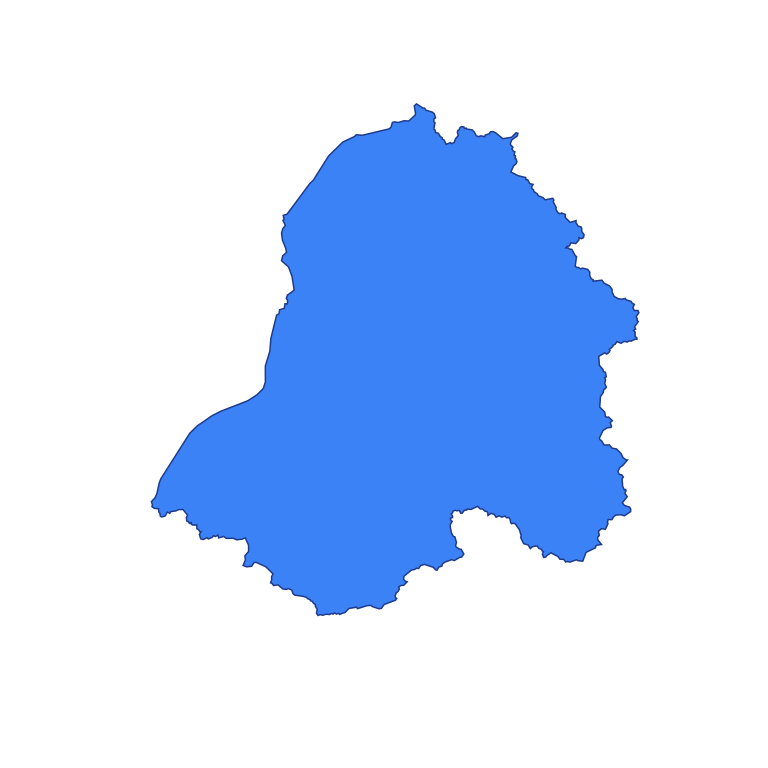 outline of Nhot Ou, Phôngsali, Laos, rotated 156°
{"feature_id": "54806243B80696563132814", "entity_name": "Nhot Ou", "entity_type": "district", "adm_level": 2, "iso_a3": "LAO", "parent_name": "Laos", "parent_adm1": "Phôngsali", "projection": "mercator", "projection_center": [101.816, 22.196], "detail": "fine", "context": "isolated", "style": "filled", "palette": "blue", "viewbox_px": 768, "rotation_deg": 156, "n_neighbors": 0, "source": "geoboundaries", "source_scale": "gbopen_adm2", "svg_char_len": 6171}
<svg xmlns="http://www.w3.org/2000/svg" viewBox="0 0 768 768"><g transform="rotate(156 384 384)"><path d="M407.5,579.0L408.2,575.2L409.8,574.5L409.6,569.0L413.2,567.1L416.2,563.6L418.2,556.9L418.6,547.9L419.5,543.9L424.4,542.3L427.5,538.3L423.6,529.7L424.3,519.6L427.9,506.2L436.0,504.5L438.5,501.9L438.0,499.7L439.7,496.4L441.8,497.6L444.3,493.7L449.2,494.3L451.3,490.9L454.2,490.5L468.9,471.5L475.0,460.3L485.1,448.7L491.6,434.0L496.1,429.0L504.4,425.8L515.3,424.1L543.9,425.5L553.8,425.0L571.6,421.7L581.3,418.1L626.4,388.2L629.4,385.3L636.1,376.2L639.6,373.1L644.3,371.2L644.7,367.9L645.9,366.3L644.3,363.7L640.7,361.7L641.8,359.0L641.4,356.9L642.1,354.1L641.1,352.9L637.7,352.4L634.0,355.1L632.3,353.0L630.7,354.2L625.8,352.7L623.0,352.9L618.7,351.1L616.8,344.1L618.9,342.3L619.9,339.1L618.7,337.6L618.5,335.8L616.4,335.8L617.1,334.3L616.2,333.0L612.4,331.3L613.8,327.9L612.5,325.9L612.3,323.7L611.3,323.4L613.9,321.6L614.4,317.1L612.4,315.4L608.2,315.7L607.5,313.9L603.5,313.8L601.4,314.7L600.0,313.2L597.2,313.6L597.6,310.6L592.5,310.0L590.9,307.1L584.5,304.4L582.0,301.6L576.4,299.9L573.3,299.9L573.3,291.9L575.8,286.1L581.0,283.6L582.2,279.6L586.6,275.5L583.8,272.8L579.0,271.3L575.4,273.7L573.3,273.1L566.2,264.9L562.6,255.7L565.0,253.8L566.2,250.9L568.5,248.5L567.3,247.2L566.9,244.8L562.5,243.6L559.9,238.0L556.6,236.0L554.8,236.1L552.1,233.5L552.4,229.4L551.4,227.4L544.4,223.0L541.6,220.6L541.2,219.1L539.1,217.0L539.4,216.0L537.9,214.7L537.6,212.3L536.4,210.6L537.1,208.9L536.7,205.4L538.9,202.1L538.5,199.4L535.9,199.2L534.2,197.7L530.3,197.2L527.6,195.6L525.4,195.7L524.1,194.5L522.3,195.0L521.1,193.2L518.6,192.8L518.3,191.7L512.4,191.1L507.4,193.2L499.9,191.3L499.6,189.6L489.8,188.4L485.9,187.0L485.1,185.3L479.9,180.6L477.6,180.1L473.6,182.5L461.4,181.8L459.6,182.9L460.4,184.1L460.0,185.9L457.6,188.4L455.8,188.6L453.4,190.4L452.9,192.7L450.4,193.0L447.8,192.1L443.3,193.9L444.9,195.5L445.5,197.6L444.0,200.2L434.5,202.9L431.6,202.1L429.6,202.5L427.3,201.4L424.4,203.3L420.4,202.7L413.5,196.5L412.5,193.3L411.4,192.3L408.4,194.4L405.1,194.1L403.9,195.8L401.0,196.5L393.6,196.0L391.5,194.1L385.5,194.8L383.5,194.3L380.2,196.2L380.7,201.6L382.4,202.7L384.4,205.8L384.2,207.4L382.3,209.7L381.4,215.5L382.6,216.5L383.0,220.4L381.6,226.3L380.9,228.4L377.6,230.8L378.4,232.7L377.9,234.4L375.7,234.1L375.1,235.4L375.4,238.1L373.8,238.4L372.6,239.8L369.9,239.6L369.4,238.7L366.5,237.8L366.5,234.8L365.1,234.2L361.8,236.0L359.7,235.2L358.7,235.9L355.4,234.0L348.3,234.2L346.8,230.7L344.7,229.7L343.5,226.7L341.8,225.6L341.6,224.0L342.5,221.6L338.8,222.3L336.3,219.9L335.8,216.7L332.3,216.8L330.8,214.6L327.1,214.1L326.5,212.0L324.2,211.1L323.9,209.0L324.7,205.7L324.2,204.4L322.6,204.3L320.9,202.8L319.6,195.8L320.4,189.4L321.6,188.3L321.4,181.4L317.8,178.4L317.3,174.1L314.7,175.0L310.0,173.9L309.4,170.8L307.3,168.9L307.4,167.1L306.5,166.1L308.5,164.2L308.7,160.6L306.6,160.1L305.2,161.0L300.2,161.9L295.3,155.7L294.5,152.3L291.1,150.7L290.4,147.4L288.7,147.3L286.7,145.7L279.7,145.1L278.5,143.6L274.5,141.3L267.9,148.0L257.5,148.3L256.3,149.9L255.0,150.1L250.6,148.9L252.1,154.9L251.0,157.3L248.9,158.0L248.0,162.2L244.3,163.4L240.8,161.3L236.2,165.3L236.1,166.9L234.5,168.7L235.0,169.3L230.8,167.4L228.6,169.2L225.6,170.0L220.6,168.1L218.0,165.8L210.6,167.1L209.5,169.3L209.7,171.6L213.7,175.2L214.6,178.5L207.7,182.1L208.4,186.4L206.4,187.9L206.1,189.3L207.5,189.5L207.6,193.3L205.1,200.5L203.2,201.6L203.7,204.2L205.9,205.8L205.8,209.1L202.3,211.9L199.1,212.4L192.5,215.6L193.8,216.4L195.6,219.5L195.7,224.0L198.0,230.1L201.7,232.6L202.9,236.7L207.7,238.7L208.3,243.4L209.5,245.7L209.0,247.2L202.7,252.5L198.0,253.2L194.2,252.0L193.3,253.0L193.1,256.7L190.3,257.6L192.3,262.5L194.0,263.0L194.9,264.3L193.8,268.6L196.3,275.2L191.3,284.5L187.2,287.0L185.4,289.7L183.7,289.7L182.1,290.8L182.2,294.6L179.8,297.9L179.9,299.8L178.0,300.2L177.0,304.5L178.4,306.2L178.1,308.3L179.6,313.5L176.6,321.9L169.7,322.7L168.4,320.7L165.8,321.3L164.0,322.5L164.1,323.9L160.0,325.1L158.6,326.4L156.6,326.3L154.1,328.0L150.8,324.8L147.4,325.3L144.7,323.4L142.4,323.7L140.8,322.6L136.6,322.8L134.8,322.0L134.2,323.5L135.3,325.1L133.5,329.2L134.2,331.5L131.7,331.9L131.9,334.3L126.3,337.6L126.9,339.3L126.1,340.6L126.3,343.0L122.2,345.4L122.1,347.8L125.5,349.4L125.6,352.6L122.9,354.9L124.4,356.8L124.7,359.0L128.5,362.4L128.9,364.1L132.1,364.7L135.3,366.6L138.1,370.4L138.2,375.3L137.1,377.7L138.1,381.9L141.9,386.6L142.7,390.2L151.1,392.9L150.5,394.1L151.9,395.8L151.9,399.6L150.5,402.3L151.3,405.9L155.5,409.1L157.6,409.3L159.2,411.6L160.5,412.0L161.4,413.9L156.3,422.1L157.1,423.5L157.6,430.5L159.6,431.8L160.1,433.2L162.5,434.4L161.0,435.2L158.4,434.8L155.8,437.0L151.7,434.3L147.3,436.3L146.5,438.3L144.5,436.4L142.3,436.5L140.5,438.9L141.3,443.0L140.0,445.9L140.2,447.5L142.5,449.4L143.0,453.3L142.1,455.2L148.2,455.9L150.7,462.5L149.3,465.1L152.2,468.0L154.1,468.0L155.4,469.9L156.0,473.8L154.9,475.1L155.3,481.7L154.0,482.9L154.3,485.0L161.9,486.7L162.9,489.6L166.5,493.2L166.6,495.4L168.8,498.8L168.4,500.5L169.3,502.3L168.9,504.2L166.6,505.7L169.3,507.8L169.7,512.2L171.1,513.0L170.6,515.0L176.7,519.7L181.9,526.1L176.8,530.6L173.7,531.5L172.2,533.0L171.8,535.9L172.6,536.5L171.1,538.9L172.1,540.2L170.0,542.9L171.2,544.1L171.5,546.8L169.9,547.8L171.1,551.3L170.6,552.5L167.8,555.1L161.3,556.4L159.7,558.5L161.2,559.8L167.1,557.5L175.7,559.8L179.8,568.0L181.7,570.3L184.1,571.1L186.1,569.7L190.3,570.3L191.5,568.9L194.6,571.4L196.8,571.4L198.8,573.3L199.0,577.3L200.0,580.2L204.6,583.2L205.0,584.5L206.6,584.6L206.5,586.4L208.8,587.7L210.8,587.0L211.8,585.6L213.4,585.6L214.6,584.1L215.1,580.8L219.0,578.9L221.5,576.2L224.3,576.0L225.2,577.6L229.7,577.6L229.8,582.2L231.2,584.2L230.6,585.2L231.9,587.2L232.4,591.0L234.6,592.8L234.1,594.9L234.6,596.9L231.2,601.8L231.8,602.9L230.7,605.8L228.6,606.2L228.2,610.7L229.4,612.8L234.3,617.1L234.7,619.5L236.1,620.2L240.4,626.7L243.2,625.8L245.2,618.2L246.3,616.9L254.5,614.2L258.5,616.3L264.6,617.1L267.8,619.2L269.9,619.6L273.3,615.6L275.7,615.0L302.4,620.0L308.0,623.0L310.3,622.1L323.2,621.8L341.8,614.9L365.9,598.8L369.9,597.5L403.5,578.6L407.5,579.0Z" fill="#3b82f6" stroke="#1e3a8a" stroke-width="1.5"/></g></svg>